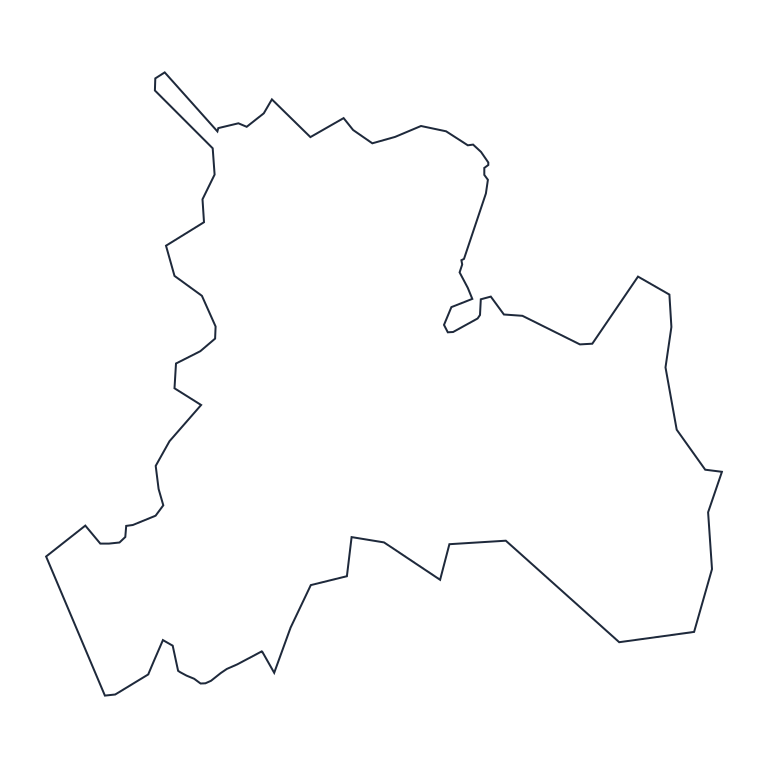 outline of Um Dam Haj Ahmed, North Kordufan, Sudan
{"feature_id": "16777658B82514176386469", "entity_name": "Um Dam Haj Ahmed", "entity_type": "district", "adm_level": 2, "iso_a3": "SDN", "parent_name": "Sudan", "parent_adm1": "North Kordufan", "projection": "robinson", "projection_center": [30.757, 13.71], "detail": "fine", "context": "isolated", "style": "outline", "palette": "slate", "viewbox_px": 768, "rotation_deg": 0, "n_neighbors": 0, "source": "geoboundaries", "source_scale": "gbopen_adm2", "svg_char_len": 1561}
<svg xmlns="http://www.w3.org/2000/svg" viewBox="0 0 768 768"><path d="M274.2,672.8L289.9,629.5L290.1,629.1L290.5,627.8L305.3,596.7L310.8,585.1L346.9,576.2L351.6,537.1L384.0,542.4L440.1,579.8L449.4,544.2L505.8,540.7L531.2,563.4L568.5,596.8L619.2,642.2L694.1,631.9L712.0,569.1L708.1,512.3L717.7,484.2L721.8,472.2L721.9,471.8L705.2,469.7L676.7,429.7L665.5,367.4L671.4,327.0L669.4,294.6L638.0,276.6L592.3,343.7L579.9,344.4L522.4,315.8L503.9,314.5L490.8,296.6L480.8,299.3L480.0,315.0L477.6,318.5L453.1,332.0L447.8,332.3L444.0,324.9L451.4,307.1L472.3,298.9L467.8,287.9L459.6,272.4L462.2,264.5L461.4,260.2L464.0,258.9L485.9,193.5L487.9,179.8L484.3,174.9L484.3,167.9L488.3,165.0L488.3,162.5L481.0,151.9L473.1,144.6L467.8,145.3L446.1,131.3L421.0,126.0L395.1,136.9L372.3,143.3L353.1,130.0L343.6,118.1L310.4,137.1L271.9,99.4L263.8,113.3L246.7,126.8L238.4,123.3L218.3,128.1L217.4,131.4L164.7,72.4L155.3,78.4L154.9,90.5L212.7,148.3L214.6,174.6L202.5,199.3L204.0,222.2L166.0,245.7L174.5,275.9L201.9,295.8L215.6,326.5L215.1,338.6L200.3,351.2L176.0,363.5L174.5,388.3L201.1,405.0L169.5,441.2L155.7,465.9L158.6,489.0L163.3,505.3L155.6,515.7L132.8,525.0L126.2,525.9L125.3,537.0L119.5,542.5L108.9,543.6L100.3,543.6L85.3,525.6L46.1,556.5L104.9,695.6L115.2,694.5L148.3,674.4L148.3,674.2L153.8,661.2L162.8,640.4L162.9,640.1L172.7,645.7L178.1,670.8L180.0,672.1L186.5,675.6L194.0,678.7L194.2,678.8L199.6,682.8L200.6,683.5L205.4,683.3L211.0,680.8L220.7,673.1L226.9,668.9L237.2,664.4L261.5,651.5L261.8,652.0L262.3,651.8L274.2,672.8Z" fill="none" stroke="#1e293b" stroke-width="2"/></svg>